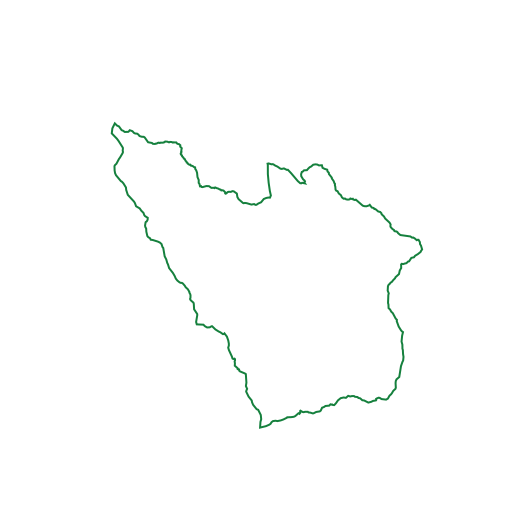 Romuli, Maramures, Romania (Mercator projection), rotated 223°
{"feature_id": "2599482B28132150762562", "entity_name": "Romuli", "entity_type": "district", "adm_level": 2, "iso_a3": "ROU", "parent_name": "Romania", "parent_adm1": "Maramures", "projection": "mercator", "projection_center": [24.471, 47.559], "detail": "fine", "context": "isolated", "style": "outline", "palette": "green", "viewbox_px": 512, "rotation_deg": 223, "n_neighbors": 0, "source": "geoboundaries", "source_scale": "gbopen_adm2", "svg_char_len": 6110}
<svg xmlns="http://www.w3.org/2000/svg" viewBox="0 0 512 512"><g transform="rotate(223 256 256)"><path d="M445.1,247.3L437.7,246.9L435.0,246.4L427.3,244.4L426.5,243.7L425.4,242.2L424.2,241.3L423.7,240.2L422.6,235.2L422.4,233.5L421.0,228.3L421.1,226.2L420.8,225.2L417.7,222.1L415.6,220.5L413.5,219.6L405.8,218.6L404.7,218.9L402.5,218.7L397.8,217.4L396.0,215.8L391.5,213.3L382.3,212.6L380.6,212.1L377.6,210.6L373.5,211.5L370.8,210.9L367.7,210.8L365.6,209.7L364.4,209.5L361.2,210.1L360.0,208.6L359.5,206.8L359.8,205.8L359.7,205.3L357.9,202.6L356.7,201.7L355.1,201.2L352.8,199.0L349.1,196.5L347.6,196.3L345.6,196.7L344.1,196.1L342.4,197.3L337.6,199.6L335.4,200.3L333.2,200.3L330.6,198.8L329.3,198.6L322.6,193.5L319.3,192.3L316.2,190.4L314.6,189.8L311.3,187.9L305.1,186.9L301.8,185.9L299.3,184.8L296.8,184.4L293.9,184.6L292.6,185.1L291.9,185.8L290.8,186.0L287.8,185.7L286.2,185.2L283.2,185.2L280.2,184.3L279.8,183.8L278.0,183.2L277.1,182.6L275.4,180.7L274.9,179.6L273.6,179.1L269.9,179.2L268.9,178.6L264.9,174.8L259.5,173.5L258.7,172.8L254.8,166.9L252.7,165.6L247.6,169.9L245.5,169.8L243.0,170.4L241.2,172.3L240.6,174.3L240.2,174.7L235.6,174.6L231.9,175.3L230.0,175.9L226.9,176.3L226.3,177.0L226.3,177.9L222.3,177.2L218.7,175.3L216.1,173.4L214.8,172.0L213.8,170.0L211.6,168.7L205.0,166.0L203.3,165.0L202.3,165.2L201.7,166.3L201.0,166.2L200.2,165.4L199.7,164.3L198.3,163.2L196.7,161.3L193.0,161.4L192.4,160.8L191.9,160.9L191.5,161.4L191.0,161.5L190.1,160.7L189.0,160.7L184.1,162.5L182.9,162.7L176.6,156.8L174.7,154.0L171.9,152.8L171.3,151.1L170.7,150.1L165.5,148.1L160.6,147.4L159.1,146.3L156.6,145.2L151.1,144.4L149.5,145.0L144.1,143.0L140.9,140.2L139.6,137.7L136.0,133.3L132.7,138.3L131.3,141.5L130.9,143.1L131.3,145.1L131.0,146.8L129.4,148.8L127.7,149.9L125.8,152.6L124.5,155.1L123.1,158.8L123.2,159.3L120.4,162.1L118.7,164.2L118.1,165.7L117.7,169.9L117.5,170.3L116.6,170.3L116.7,171.5L118.0,172.8L118.0,173.2L115.5,173.7L114.6,174.3L113.9,175.5L111.8,177.4L110.9,177.4L109.6,178.4L107.0,179.7L106.6,180.3L105.6,183.0L103.4,185.8L103.2,187.1L104.2,190.1L103.3,191.9L102.9,193.7L100.4,196.5L100.4,198.3L99.5,198.7L99.2,199.3L98.1,199.5L97.1,200.3L97.1,202.8L97.6,206.3L97.1,209.8L95.4,212.3L93.5,213.6L93.2,216.6L91.3,217.5L90.3,219.0L88.8,220.4L87.7,220.5L85.5,222.1L84.3,222.0L82.9,222.9L82.0,223.0L79.9,223.0L78.4,224.1L73.9,225.4L72.3,227.9L71.6,229.8L69.8,232.2L69.9,232.7L70.7,233.4L70.4,234.5L69.6,236.1L68.7,236.6L66.6,237.0L62.9,239.7L62.3,241.7L63.1,244.9L62.9,247.0L63.1,248.7L63.6,250.7L63.6,251.9L63.4,253.8L63.9,255.0L67.3,258.3L68.5,259.9L69.1,261.6L68.7,265.2L74.9,274.4L76.7,278.5L77.1,279.9L79.3,282.8L81.6,284.6L84.5,287.4L85.7,288.1L88.5,291.0L91.2,292.7L94.8,297.4L96.6,300.6L98.0,300.4L99.4,300.6L103.5,301.7L108.6,304.3L109.4,305.4L111.2,305.5L117.0,307.5L119.1,307.5L121.5,308.3L123.5,308.3L126.0,310.8L127.4,311.7L132.6,317.7L133.4,319.2L136.1,320.5L138.9,323.9L139.4,325.5L139.2,326.9L139.4,328.2L139.0,329.7L139.2,332.1L139.1,334.5L139.5,335.6L139.1,340.3L141.0,343.5L141.6,346.2L144.1,348.8L144.1,349.7L142.8,350.5L142.0,352.1L141.3,352.9L141.0,354.2L141.1,355.4L140.4,356.5L141.1,360.6L139.6,362.8L139.8,364.7L138.9,367.8L138.4,371.2L138.8,372.5L139.0,374.1L142.4,376.1L144.2,376.6L145.6,377.9L148.2,378.7L148.8,378.2L149.2,377.2L152.1,377.1L153.7,376.7L154.3,375.9L156.4,375.6L164.7,369.8L167.7,369.6L168.6,369.9L169.9,369.8L171.3,368.8L172.1,368.7L172.7,369.1L174.8,368.8L177.2,369.0L178.1,369.5L179.1,370.9L181.1,371.5L187.1,371.5L189.4,372.2L192.5,372.2L193.5,372.8L195.2,372.9L197.0,371.9L200.1,371.8L201.3,371.5L201.5,371.1L202.8,371.3L204.4,370.4L207.7,371.0L207.8,370.1L209.2,367.6L210.8,366.3L212.3,365.6L221.4,365.3L221.8,364.4L223.5,363.6L224.2,363.9L224.9,363.0L226.2,362.4L226.1,361.6L226.5,360.7L227.4,359.8L228.7,358.9L230.2,358.7L230.7,357.8L231.4,357.6L233.2,357.5L235.4,358.4L238.1,358.2L240.5,359.0L242.0,358.5L243.1,358.8L245.3,360.8L246.5,361.5L247.4,362.6L248.0,362.6L250.4,363.8L253.4,364.4L254.0,365.0L258.6,365.7L259.6,366.6L261.3,366.6L262.8,367.7L265.3,366.5L267.5,365.9L269.7,367.3L271.7,365.2L273.5,364.7L275.0,363.6L276.4,361.8L276.7,359.0L277.3,357.5L277.4,355.6L277.3,353.5L279.3,351.4L279.4,349.4L279.8,348.7L278.8,346.6L277.3,345.2L273.8,344.2L271.9,344.3L271.0,343.9L271.0,343.1L270.6,342.7L269.7,342.5L272.2,341.0L272.4,340.1L273.3,339.4L276.5,339.3L286.7,340.5L291.5,340.8L292.2,340.0L295.3,339.1L296.6,337.2L297.8,336.5L301.3,336.0L303.7,335.2L305.7,334.9L306.5,334.5L307.1,333.7L309.9,332.3L310.5,331.4L309.5,330.7L303.2,324.0L296.7,318.2L290.1,312.9L286.4,310.4L285.6,308.2L286.9,307.1L288.1,305.4L289.2,303.0L288.9,298.8L290.1,296.0L290.6,293.8L291.3,293.0L292.8,292.7L294.4,290.5L298.8,288.3L300.4,287.2L301.0,286.2L301.7,285.9L307.5,285.7L309.8,286.4L312.6,288.6L316.4,288.1L317.5,287.3L318.1,285.8L319.8,284.3L320.3,283.4L320.4,281.5L320.8,280.8L321.3,280.8L321.9,281.6L324.4,281.7L325.8,280.9L326.1,280.3L327.3,280.4L327.9,279.9L329.5,279.6L331.5,278.6L332.3,278.5L332.7,278.2L332.7,277.3L333.5,277.0L335.1,275.4L338.0,275.0L340.0,273.3L342.1,269.9L343.0,269.3L343.9,269.6L344.5,268.8L346.6,270.2L347.8,270.4L349.7,272.5L352.6,273.8L355.9,276.7L358.2,277.9L359.7,278.2L361.0,279.3L361.8,278.8L363.8,278.6L365.2,277.7L366.0,278.0L366.4,278.0L366.9,277.3L369.0,277.0L369.7,277.4L370.5,277.1L371.2,277.6L372.6,277.6L374.1,278.3L375.3,278.0L376.1,278.5L378.0,278.5L378.7,279.1L380.1,279.0L380.9,279.5L381.1,280.0L381.0,280.6L381.8,281.1L381.8,281.6L382.8,282.5L383.8,284.2L386.0,284.3L386.9,285.4L388.6,285.3L389.3,284.8L390.5,284.4L391.7,284.7L393.3,283.3L393.5,282.9L394.1,282.7L394.4,282.1L395.3,281.9L396.7,280.8L397.1,279.8L398.9,279.1L400.5,277.8L400.5,276.8L400.8,276.6L401.2,275.6L403.4,273.5L403.4,273.1L404.0,272.6L404.6,272.4L405.1,271.5L405.3,270.5L406.0,269.8L406.2,269.2L406.8,268.6L408.0,267.7L409.2,267.7L412.5,265.6L418.2,266.8L419.4,266.6L420.9,265.3L423.0,264.3L424.8,264.6L426.4,264.4L427.9,263.2L429.2,262.8L431.5,263.0L434.1,261.9L434.0,260.2L434.1,259.7L436.6,257.2L437.0,257.1L438.2,257.1L440.1,256.4L444.6,257.3L446.6,256.6L449.7,256.7L448.1,251.4L445.1,247.3Z" fill="none" stroke="#15803d" stroke-width="2"/></g></svg>